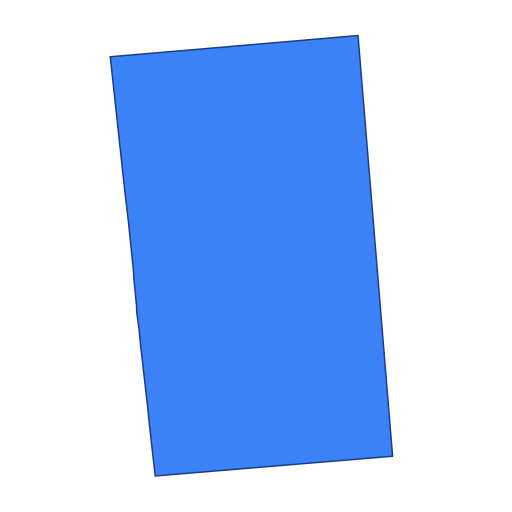 Ozark, Missouri, United States of America (Mercator projection), rotated 84°
{"feature_id": "52423323B58734474241288", "entity_name": "Ozark", "entity_type": "district", "adm_level": 2, "iso_a3": "USA", "parent_name": "United States of America", "parent_adm1": "Missouri", "projection": "mercator", "projection_center": [-92.375, 36.652], "detail": "fine", "context": "isolated", "style": "filled", "palette": "blue", "viewbox_px": 512, "rotation_deg": 84, "n_neighbors": 0, "source": "geoboundaries", "source_scale": "gbopen_adm2", "svg_char_len": 419}
<svg xmlns="http://www.w3.org/2000/svg" viewBox="0 0 512 512"><g transform="rotate(84 256 256)"><path d="M47.4,131.5L42.6,380.1L177.2,379.7L199.9,379.4L207.8,379.3L254.8,379.4L270.2,379.9L293.1,380.0L299.5,380.5L315.5,380.0L336.2,380.1L342.0,380.0L402.1,379.5L403.6,379.6L405.3,379.6L413.1,379.6L444.9,379.4L453.0,379.3L464.2,379.2L469.4,141.1L47.4,131.5Z" fill="#3b82f6" stroke="#1e3a8a" stroke-width="1.5"/></g></svg>